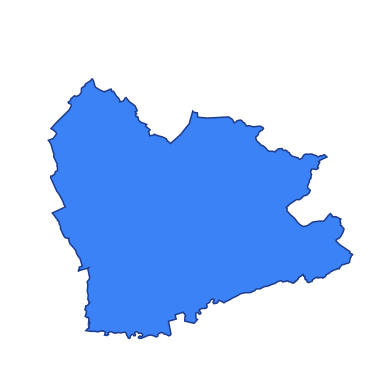 Kao Liao, Nakhon Sawan, Thailand (Equal Earth projection), rotated 76°
{"feature_id": "78962969B93579167004560", "entity_name": "Kao Liao", "entity_type": "district", "adm_level": 2, "iso_a3": "THA", "parent_name": "Thailand", "parent_adm1": "Nakhon Sawan", "projection": "equal_earth", "projection_center": [100.115, 15.884], "detail": "fine", "context": "isolated", "style": "filled", "palette": "blue", "viewbox_px": 384, "rotation_deg": 76, "n_neighbors": 0, "source": "geoboundaries", "source_scale": "gbopen_adm2", "svg_char_len": 5994}
<svg xmlns="http://www.w3.org/2000/svg" viewBox="0 0 384 384"><g transform="rotate(76 192 192)"><path d="M58.0,261.6L59.4,263.4L61.2,268.7L62.3,270.1L63.4,270.3L63.5,271.8L64.4,273.8L65.4,274.5L68.6,275.3L70.8,278.1L71.3,281.3L70.3,282.4L70.4,283.3L72.4,287.1L74.0,287.8L74.7,290.3L75.3,290.5L76.1,290.2L77.3,288.3L78.3,288.0L78.9,288.1L82.5,291.1L91.4,306.1L96.4,313.5L97.2,312.9L97.3,312.3L101.0,309.7L102.0,309.4L103.2,309.7L106.5,313.8L107.1,318.9L108.8,318.1L111.9,317.3L122.7,316.9L124.2,317.7L132.4,316.0L134.0,316.8L135.3,316.6L138.8,317.4L139.1,319.5L140.8,320.5L142.1,322.1L142.4,323.7L142.8,324.0L142.4,325.1L143.7,325.7L158.5,323.0L161.5,321.7L165.4,320.6L170.5,319.4L173.3,319.3L174.1,318.8L175.8,318.5L178.6,332.7L182.8,330.7L184.5,330.2L185.9,329.3L187.4,329.4L188.0,328.3L189.1,328.2L190.8,328.7L191.4,328.3L193.5,327.9L195.8,328.5L203.4,327.1L205.8,326.0L207.2,322.7L208.3,323.3L212.5,323.0L220.3,319.0L223.8,318.9L227.6,317.7L229.2,316.8L237.4,316.4L237.6,319.6L239.7,319.9L239.7,320.7L241.2,321.3L240.8,317.3L240.8,312.7L240.5,310.6L241.6,311.7L250.3,312.0L252.2,313.2L253.2,314.9L254.0,315.5L257.2,315.6L262.7,317.6L266.9,317.6L271.1,319.1L271.7,318.5L272.7,318.8L274.5,318.0L274.7,318.9L275.1,318.8L276.6,320.6L276.9,321.7L276.7,322.5L277.8,323.2L279.1,323.2L279.8,324.3L280.4,324.3L280.8,323.7L282.5,323.3L283.7,324.0L284.6,323.9L285.5,325.0L286.8,325.7L288.3,324.3L288.2,323.5L288.9,322.6L289.7,323.1L290.6,322.7L292.3,323.5L292.8,323.0L293.5,323.8L294.0,323.0L294.6,322.8L295.0,324.4L295.9,324.7L296.4,324.1L297.1,324.1L297.8,324.9L299.0,324.6L299.3,325.9L300.8,328.5L302.9,323.4L303.8,319.6L304.9,317.6L304.8,313.6L304.9,312.8L305.4,312.7L305.2,311.8L306.8,310.2L307.4,310.0L309.6,311.5L310.5,309.7L310.6,309.1L310.1,307.3L308.5,307.6L307.9,306.4L308.2,303.7L309.9,302.1L310.2,301.3L310.0,300.6L310.6,300.0L310.4,297.6L311.6,295.1L311.5,293.2L311.8,291.0L312.9,290.0L315.1,290.0L316.9,289.3L318.3,289.2L318.9,288.4L318.7,287.5L316.7,286.4L315.8,285.0L316.0,283.7L317.5,283.1L317.6,281.8L317.1,281.4L314.9,281.8L314.3,281.2L314.1,279.6L314.6,278.8L316.3,277.9L316.2,276.7L317.2,274.9L318.5,274.4L319.5,274.7L319.8,275.3L319.8,276.3L319.1,277.4L319.5,278.8L320.4,279.3L321.4,278.4L321.7,276.2L320.6,269.4L320.7,266.8L322.3,263.8L323.6,262.4L324.0,261.4L323.8,260.3L322.2,259.6L321.3,258.4L320.9,255.5L321.5,254.5L322.8,253.7L324.2,251.2L325.8,249.5L326.0,248.6L325.3,247.0L322.2,246.6L311.7,246.1L311.5,238.1L307.1,238.1L306.6,229.6L310.7,228.0L311.1,228.9L315.5,230.3L319.9,221.7L317.0,217.5L316.4,218.3L315.3,218.8L313.3,218.1L311.2,217.9L310.3,217.3L310.1,215.6L312.2,214.6L312.4,213.8L312.2,213.1L311.3,212.6L309.1,213.5L308.0,213.4L307.6,212.3L307.6,209.8L308.2,207.2L307.8,205.6L306.6,204.9L305.3,205.2L304.3,204.8L303.4,201.8L301.6,200.2L300.9,199.0L301.1,197.1L301.7,196.6L302.4,196.8L304.1,198.4L305.7,197.7L305.8,194.5L305.5,193.9L304.7,193.6L304.1,192.0L303.6,191.7L307.3,187.8L306.6,186.1L305.5,180.7L304.8,178.9L303.4,172.3L302.6,170.0L302.4,165.9L303.8,159.3L303.1,157.0L303.0,155.1L301.7,153.2L301.8,151.7L302.5,149.7L301.4,145.3L301.6,140.7L300.8,135.7L300.9,133.9L299.6,130.2L299.5,129.0L299.8,126.6L301.2,125.8L301.2,123.7L301.6,122.4L301.1,120.7L302.4,120.0L302.7,118.6L304.7,116.6L304.9,115.5L304.5,114.0L303.5,113.6L303.5,112.0L302.5,110.9L301.9,109.7L300.6,109.2L300.6,108.4L299.0,104.1L300.7,104.0L301.3,102.8L302.0,102.9L302.7,103.5L304.2,103.3L304.7,103.0L305.1,101.9L306.9,102.1L308.1,100.9L307.7,97.0L306.4,96.3L305.2,93.6L305.1,90.6L305.9,90.6L306.2,86.6L307.2,86.0L307.1,85.3L306.4,83.3L304.6,81.4L304.0,78.6L303.1,77.1L302.1,72.9L302.1,71.1L301.5,70.1L302.2,67.8L301.1,67.0L298.9,64.2L299.1,61.7L298.7,59.8L299.0,58.4L298.4,56.2L294.7,54.6L293.8,53.6L292.7,53.0L291.7,51.3L290.9,51.8L289.5,53.7L288.2,53.1L279.1,61.2L274.9,63.8L273.7,64.1L272.9,62.8L272.7,61.1L272.2,59.9L271.4,58.8L268.2,55.7L264.8,53.4L260.9,55.1L260.2,56.0L258.0,55.1L257.0,55.5L255.9,55.1L255.3,55.3L254.3,54.1L250.8,58.3L250.8,59.1L250.3,59.5L250.3,61.7L249.6,62.1L248.8,61.7L246.4,62.9L247.7,65.3L252.1,70.9L251.0,75.8L250.4,81.7L250.6,83.0L252.4,87.7L252.6,89.9L252.3,92.6L249.8,95.1L248.0,96.4L242.0,99.0L237.5,102.2L233.2,104.4L230.9,103.7L229.6,104.1L229.2,102.9L227.5,100.2L224.7,92.6L224.8,91.4L225.4,90.2L225.3,89.2L224.2,86.6L222.9,84.9L222.8,81.2L221.2,78.5L219.1,76.8L218.1,77.2L216.8,78.5L214.8,78.6L213.4,77.9L210.5,75.7L209.0,75.2L207.2,73.0L206.0,73.0L203.9,71.7L202.4,72.1L200.7,72.0L199.9,70.9L199.2,70.9L198.6,69.9L200.2,66.1L200.2,65.3L199.7,64.2L199.2,63.5L198.6,64.1L196.9,63.6L196.9,63.2L194.1,60.9L193.1,61.8L192.1,59.7L190.7,52.6L187.9,54.4L187.8,55.2L188.3,56.9L187.9,58.6L188.5,61.1L187.0,62.5L184.1,66.7L183.1,71.6L182.6,72.6L183.4,74.9L185.9,77.3L186.0,78.3L186.4,79.6L185.4,80.5L184.7,80.6L181.4,86.2L180.2,86.8L179.2,87.8L177.6,88.0L176.9,88.9L174.7,90.2L174.1,90.9L173.8,93.2L173.4,93.8L172.1,93.8L171.6,94.2L171.0,97.8L171.7,98.9L172.5,101.2L173.2,101.8L171.7,104.5L171.3,106.9L170.1,108.4L166.9,109.9L164.6,111.6L163.0,113.9L162.5,113.9L158.2,116.7L156.2,117.1L154.1,116.8L153.0,114.5L150.0,112.3L149.2,110.3L149.1,109.2L147.8,107.3L147.2,107.2L145.2,109.0L144.7,109.7L144.1,112.6L143.7,116.4L141.3,121.1L141.3,123.0L137.4,124.6L136.7,125.6L135.4,126.1L133.9,127.4L133.7,130.8L134.6,132.4L135.1,134.3L131.2,135.3L128.0,138.3L124.0,159.2L120.8,168.4L116.5,167.6L115.2,170.8L113.7,171.7L125.3,178.3L127.5,181.5L133.2,188.7L139.8,201.2L138.2,202.0L136.5,203.5L134.1,204.1L131.3,207.5L129.2,211.4L126.8,214.7L127.6,215.8L127.2,219.5L124.7,219.4L123.1,219.7L121.6,217.6L116.8,221.1L115.4,219.6L111.7,225.2L111.4,225.1L109.7,226.4L106.5,226.3L105.7,226.6L105.5,227.9L103.1,228.1L102.7,226.8L100.4,227.7L99.9,225.4L94.5,226.5L88.4,231.6L87.9,231.4L86.7,232.2L84.4,233.1L84.7,234.2L86.9,236.4L87.2,237.8L87.0,240.3L86.0,239.9L83.1,240.5L80.8,242.1L75.5,243.7L75.0,245.5L72.7,245.4L72.5,246.8L73.2,249.7L73.3,252.3L73.7,252.8L71.2,256.2L67.1,260.2L65.5,260.6L59.9,260.7L58.0,261.6Z" fill="#3b82f6" stroke="#1e3a8a" stroke-width="1.5"/></g></svg>